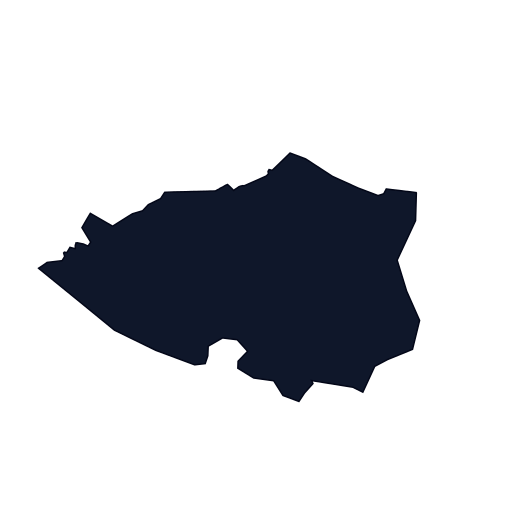 Al Khiwai, North Kordufan, Sudan, rotated 300°
{"feature_id": "16777658B22793638103757", "entity_name": "Al Khiwai", "entity_type": "district", "adm_level": 2, "iso_a3": "SDN", "parent_name": "Sudan", "parent_adm1": "North Kordufan", "projection": "equal_earth", "projection_center": [29.102, 13.339], "detail": "fine", "context": "isolated", "style": "filled", "palette": "ink", "viewbox_px": 512, "rotation_deg": 300, "n_neighbors": 0, "source": "geoboundaries", "source_scale": "gbopen_adm2", "svg_char_len": 1909}
<svg xmlns="http://www.w3.org/2000/svg" viewBox="0 0 512 512"><g transform="rotate(300 256 256)"><path d="M390.7,363.4L391.0,363.0L390.9,362.8L389.3,358.9L387.3,354.2L387.0,353.7L384.3,347.2L381.7,341.3L379.2,335.3L373.8,335.5L372.0,333.9L369.4,331.5L369.2,330.6L368.2,324.2L367.6,320.6L366.6,314.4L366.0,311.0L365.3,304.1L365.2,302.5L365.1,301.3L363.9,289.8L363.2,282.4L363.2,282.2L363.3,280.4L364.4,259.8L364.6,256.7L364.9,250.8L364.9,250.7L364.9,250.4L362.2,234.0L347.6,229.9L338.3,227.2L337.4,224.1L335.3,224.1L333.3,225.7L333.2,225.7L330.5,224.9L330.3,224.8L326.0,221.7L323.2,219.7L317.5,215.5L316.4,214.7L311.6,211.2L310.7,210.4L310.4,209.5L308.9,207.8L307.5,206.6L305.1,205.5L304.9,205.4L303.2,204.5L301.6,204.0L302.4,201.0L303.0,198.7L303.7,195.6L302.4,194.6L302.2,194.4L299.1,192.7L297.8,191.8L296.8,191.1L295.4,190.5L294.0,189.5L292.6,188.7L292.1,188.4L290.6,186.1L289.4,184.0L287.9,181.7L284.4,175.9L282.0,172.0L279.4,167.6L278.8,166.7L276.8,163.5L270.3,152.7L265.5,145.1L265.4,145.1L258.0,144.7L255.6,143.1L246.7,137.1L245.4,136.8L238.5,135.2L230.8,127.9L229.0,126.9L228.5,126.7L227.9,126.3L210.1,116.9L210.1,108.7L210.1,101.2L210.1,92.2L210.1,91.7L210.1,91.2L203.6,91.1L193.5,91.1L189.6,98.2L185.4,105.9L180.7,105.6L180.4,103.7L180.1,100.6L178.1,94.6L177.3,93.6L177.2,93.7L175.0,94.1L172.0,95.8L171.9,95.7L170.5,90.6L170.3,90.6L164.4,90.5L163.5,88.1L162.4,87.9L160.0,90.5L158.3,90.5L155.0,90.4L146.0,78.3L144.4,77.6L142.7,76.8L139.0,75.0L136.7,73.8L136.5,74.6L129.2,120.3L125.5,143.0L121.0,170.5L124.2,216.5L131.1,257.3L137.4,265.8L145.4,264.2L154.0,259.7L168.3,268.0L174.1,281.6L169.3,296.4L155.9,293.1L149.7,296.4L149.2,315.0L156.8,333.7L148.7,349.1L151.5,365.9L161.6,366.5L174.0,369.1L175.9,366.4L190.8,405.5L191.5,416.6L219.8,414.0L232.1,421.7L253.4,438.2L282.0,429.9L300.9,404.0L323.0,380.3L366.4,376.5L390.5,363.5L390.7,363.4Z" fill="#0f172a" stroke="#020617" stroke-width="1.5"/></g></svg>